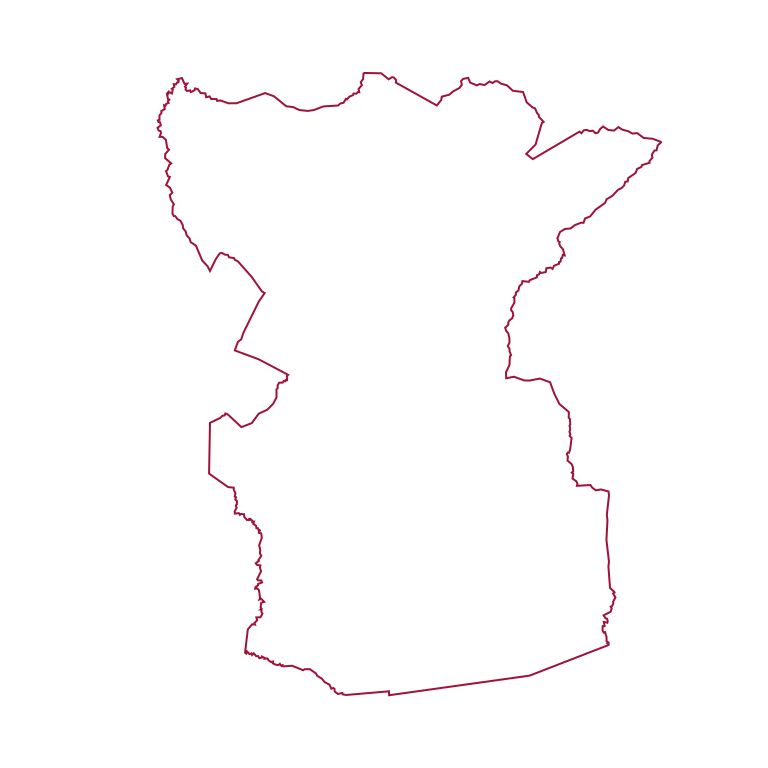 Kalomo, Southern, Zambia, rotated 186°
{"feature_id": "96606910B45059584224762", "entity_name": "Kalomo", "entity_type": "district", "adm_level": 2, "iso_a3": "ZMB", "parent_name": "Zambia", "parent_adm1": "Southern", "projection": "robinson", "projection_center": [26.465, -16.838], "detail": "fine", "context": "isolated", "style": "outline", "palette": "rose", "viewbox_px": 768, "rotation_deg": 186, "n_neighbors": 0, "source": "geoboundaries", "source_scale": "gbopen_adm2", "svg_char_len": 6118}
<svg xmlns="http://www.w3.org/2000/svg" viewBox="0 0 768 768"><g transform="rotate(186 384 384)"><path d="M494.1,102.3L492.8,101.5L492.2,103.7L489.6,101.3L487.7,102.2L486.9,100.7L485.4,102.6L482.6,99.9L480.9,100.3L479.3,98.3L477.0,99.1L477.0,100.2L473.9,99.0L474.1,98.3L471.1,98.9L469.9,97.1L467.2,95.7L465.3,96.4L465.4,94.6L462.6,93.6L459.7,93.4L458.3,94.8L457.3,93.4L455.6,93.8L455.7,92.7L454.3,92.7L445.9,94.2L434.5,90.9L433.0,92.1L427.8,92.6L421.2,88.9L420.1,86.9L414.9,84.4L411.9,81.3L406.8,79.3L404.5,75.4L402.7,76.4L401.4,75.7L400.9,73.0L397.4,70.9L393.1,72.4L392.6,71.0L389.0,70.8L346.9,78.9L346.4,75.0L208.7,109.2L133.4,147.9L133.5,149.4L134.6,149.6L133.9,150.4L135.8,151.5L136.2,155.5L138.2,160.4L139.5,159.7L140.9,161.9L141.2,166.1L139.3,166.3L140.5,170.4L137.0,169.9L136.7,171.3L137.6,173.9L139.2,174.1L141.4,176.9L134.8,181.2L134.1,184.4L135.2,186.3L134.1,186.7L133.0,189.5L133.4,191.3L131.5,196.0L134.3,199.6L132.9,200.7L133.3,201.4L137.9,204.8L141.7,225.7L141.7,230.8L146.5,252.3L147.5,271.6L148.7,277.2L148.6,296.8L149.5,300.6L157.3,301.8L162.2,300.4L166.1,302.7L168.1,305.1L181.5,302.9L181.2,305.1L182.6,307.4L186.6,309.6L186.4,314.6L188.0,315.5L186.7,316.9L187.5,321.2L189.2,324.1L193.5,327.0L193.5,331.2L194.9,333.4L194.0,335.1L192.8,335.0L192.0,338.9L191.8,349.9L194.0,351.9L193.4,353.4L194.6,356.0L194.0,358.1L195.1,362.1L194.5,363.2L195.5,368.7L196.8,369.8L197.2,375.4L207.4,382.4L213.5,391.9L219.0,403.1L229.6,405.7L239.8,402.6L244.9,402.2L255.5,404.8L263.1,402.5L263.9,408.3L261.2,416.0L261.7,424.6L260.6,426.0L262.5,429.4L262.8,432.0L264.9,434.7L263.5,438.3L264.1,442.8L265.8,447.5L268.0,449.5L269.4,452.6L266.5,455.9L266.9,458.2L265.9,460.4L263.4,462.7L262.6,465.9L263.7,469.3L265.2,470.5L265.4,472.7L262.8,478.6L263.3,483.0L264.2,483.6L262.2,486.5L262.4,488.8L260.1,491.0L259.6,495.4L257.3,498.1L257.1,500.8L250.5,500.8L249.9,502.5L243.2,506.0L243.2,508.2L241.2,509.3L240.6,511.7L239.2,510.9L234.9,512.2L234.6,516.1L230.5,517.2L228.4,516.1L227.2,519.4L222.5,521.9L222.7,523.5L221.1,524.3L221.2,527.3L220.0,528.0L219.7,531.1L217.8,530.8L220.1,536.7L223.3,539.6L224.4,542.1L224.1,543.5L225.6,544.2L226.8,547.2L224.8,553.6L220.3,557.1L214.7,558.2L210.9,561.9L204.9,565.0L202.4,565.2L201.4,569.6L196.5,572.2L191.8,579.5L183.1,587.2L181.9,591.1L176.6,594.9L171.5,601.7L168.4,603.5L166.0,606.4L165.2,610.3L162.8,611.0L162.6,614.4L155.9,620.1L154.7,624.4L150.8,626.7L150.3,628.7L143.0,631.8L143.3,633.4L140.7,637.2L141.6,639.9L140.8,641.9L139.4,644.5L137.4,644.8L136.7,649.9L133.7,653.3L134.4,653.9L142.6,656.0L151.4,655.8L158.4,660.0L163.2,659.0L167.4,660.9L173.7,661.9L177.7,664.0L181.7,660.1L187.5,660.1L193.0,663.0L195.7,660.2L197.4,656.4L200.0,655.5L202.8,657.8L206.0,657.0L209.0,657.9L211.8,657.2L213.9,654.1L216.0,655.4L259.5,623.2L266.6,627.7L258.3,638.0L254.3,660.1L252.6,661.3L258.0,666.0L258.1,667.6L260.2,669.5L262.5,673.9L265.2,674.6L271.5,679.0L276.2,688.9L286.5,689.1L293.1,694.0L298.7,694.8L302.8,697.0L305.2,696.7L307.5,694.7L310.7,695.9L315.1,691.9L320.3,692.3L322.7,690.7L329.7,692.7L332.3,697.2L337.3,695.7L339.0,693.2L337.9,689.7L339.9,686.3L346.1,682.0L349.2,678.6L356.6,675.8L356.7,672.6L360.6,666.5L403.7,685.0L403.7,687.6L406.3,689.9L408.2,689.9L411.2,687.5L419.2,692.7L436.0,691.3L436.8,690.7L436.7,685.1L438.7,681.6L437.2,678.9L440.1,674.8L439.1,671.6L440.4,671.7L441.8,669.9L444.6,669.7L445.1,668.0L448.4,666.2L450.6,663.1L451.7,663.6L453.6,659.5L456.9,658.3L458.7,656.2L473.4,653.7L482.4,649.1L488.5,647.6L496.8,647.6L503.2,649.9L510.2,650.0L523.6,658.7L532.6,660.9L560.0,647.8L568.0,646.9L576.3,648.9L579.5,648.1L580.3,649.9L585.6,649.3L587.5,651.8L590.8,650.6L592.0,654.4L596.8,654.2L600.0,657.8L602.8,658.2L603.1,656.3L606.6,654.1L607.6,655.8L610.5,654.8L612.1,656.0L612.0,658.2L613.0,658.9L611.1,662.2L613.7,661.6L616.9,667.1L621.6,665.5L619.9,664.2L620.0,662.6L621.0,662.6L622.2,660.3L624.4,660.2L623.5,657.6L625.9,655.4L624.8,654.6L625.3,650.7L628.2,651.9L628.8,650.5L629.0,651.8L630.3,650.0L628.5,644.6L626.4,644.4L627.8,644.0L628.5,642.5L627.6,641.1L630.0,639.7L630.5,637.9L631.8,638.2L630.8,634.5L634.0,632.2L633.7,630.3L635.4,627.5L634.9,623.3L636.5,622.5L635.7,621.1L634.1,620.9L633.0,618.0L636.0,615.1L634.6,612.5L632.8,612.2L632.0,610.6L633.0,606.3L630.1,606.7L626.4,604.0L624.3,596.0L622.3,594.6L625.6,589.8L625.3,585.7L618.7,581.2L620.5,579.4L621.7,574.4L623.0,572.9L620.5,567.9L618.6,567.5L621.5,559.1L617.4,556.9L614.5,552.1L616.8,549.5L615.3,545.2L611.7,540.7L612.7,538.7L612.2,531.4L610.6,529.1L609.1,529.1L606.7,526.4L603.5,525.1L600.8,521.1L600.1,517.9L597.2,515.0L595.7,511.1L592.6,508.5L591.1,504.9L585.5,501.9L577.7,487.8L571.7,482.6L568.9,478.2L564.3,490.7L561.0,496.7L559.1,497.5L555.7,496.0L552.8,496.1L551.3,493.8L546.2,493.5L545.5,492.0L542.2,490.8L526.8,476.7L515.1,463.3L512.2,462.0L517.1,453.0L529.3,419.9L530.6,413.6L533.7,410.6L535.9,401.8L511.3,395.5L480.3,383.1L481.2,382.1L480.8,377.7L482.3,377.6L482.4,376.4L484.1,376.5L484.9,374.8L488.5,374.3L489.6,371.4L489.3,368.6L490.4,367.4L489.5,359.5L492.0,353.0L497.4,346.2L505.5,341.4L511.4,331.3L521.3,326.2L536.3,337.5L538.7,338.1L539.2,336.1L541.4,335.5L543.2,333.2L553.0,327.2L548.6,276.6L528.3,265.2L522.6,265.2L522.3,262.9L520.3,260.0L520.7,256.5L519.4,256.0L519.8,253.6L518.0,252.2L517.8,248.9L518.7,247.7L517.6,245.3L519.2,241.8L518.8,239.5L514.9,240.4L513.6,238.8L512.9,239.7L509.6,239.9L509.0,237.1L506.0,234.4L503.6,234.7L503.9,235.8L503.0,236.0L500.6,234.2L500.6,233.0L498.9,233.5L499.4,231.2L496.4,229.6L495.8,227.2L494.3,227.4L493.5,225.8L492.5,225.9L492.0,225.2L493.1,224.6L492.9,222.9L490.7,222.7L490.1,221.4L489.5,217.9L491.3,210.6L489.7,205.7L489.8,202.9L488.1,200.3L490.5,195.8L489.9,195.1L492.8,192.4L491.6,190.9L488.0,190.6L488.2,188.4L486.7,184.9L489.8,176.5L488.7,175.5L485.6,175.8L484.5,173.9L488.3,172.0L488.3,170.5L490.4,168.8L490.8,167.0L488.5,167.4L486.8,165.9L484.9,158.5L485.4,156.6L483.5,157.4L480.4,154.8L483.1,153.7L483.4,152.6L483.3,148.8L482.2,147.7L483.2,146.7L482.2,146.7L482.1,144.5L480.9,143.0L482.4,139.1L486.6,138.5L485.4,135.8L487.9,132.8L487.1,131.2L490.0,131.3L493.8,125.7L494.1,102.3Z" fill="none" stroke="#9f1239" stroke-width="2"/></g></svg>